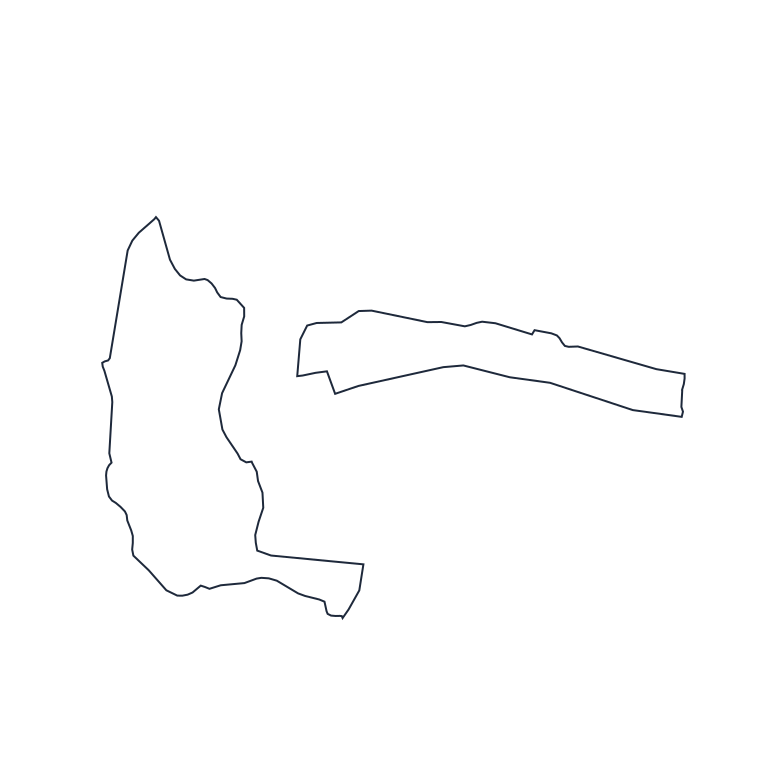 the border of Sarangani, rotated 166°
{"feature_id": "PHL-2598", "entity_name": "Sarangani", "entity_type": "Province", "adm_level": 1, "iso_a3": "PHL", "parent_name": "Philippines", "parent_adm1": "", "projection": "mercator", "projection_center": [125.149, 6.009], "detail": "fine", "context": "isolated", "style": "outline", "palette": "slate", "viewbox_px": 768, "rotation_deg": 166, "n_neighbors": 0, "source": "natural_earth", "source_scale": "10m", "svg_char_len": 1926}
<svg xmlns="http://www.w3.org/2000/svg" viewBox="0 0 768 768"><g transform="rotate(166 384 384)"><path d="M564.9,601.1L562.8,596.8L561.6,556.4L559.1,546.3L555.6,538.7L550.7,533.4L543.5,530.3L532.7,529.3L530.0,527.5L527.0,523.3L524.7,518.0L523.7,513.2L521.5,507.9L516.1,505.0L510.3,503.3L506.5,501.4L501.3,491.7L503.3,483.4L507.8,475.8L510.2,467.9L511.8,459.9L515.4,451.6L523.7,438.1L543.3,414.3L550.4,399.4L551.8,378.9L549.7,370.4L542.9,351.9L541.4,345.7L536.6,341.3L531.2,340.7L531.0,339.2L528.7,329.7L529.7,320.3L528.2,308.0L531.1,293.1L539.0,280.7L545.5,268.6L546.8,261.0L547.3,253.0L535.1,244.9L479.1,225.1L447.6,214.0L457.9,189.7L472.9,173.8L480.8,166.9L481.1,169.0L483.0,169.7L487.0,170.6L491.4,172.1L494.3,174.6L494.7,177.4L494.4,187.2L499.0,190.6L511.8,197.4L518.0,201.6L535.6,219.1L542.8,223.3L549.9,225.6L554.7,226.0L567.6,224.6L591.1,228.2L602.9,227.5L606.9,230.4L610.6,232.7L620.2,228.0L625.5,227.1L631.0,227.4L635.8,228.7L645.1,236.5L657.3,260.1L668.7,278.1L668.4,284.3L666.2,290.5L664.5,297.3L664.7,303.1L666.1,313.7L665.4,319.1L666.2,323.0L669.3,328.4L673.0,333.5L676.1,336.7L678.1,341.4L678.1,348.9L675.8,362.5L674.5,366.2L672.7,369.2L670.4,371.7L667.4,373.6L667.3,383.2L652.0,432.2L651.1,437.7L652.1,464.4L652.7,468.9L652.3,472.7L649.5,473.5L646.0,473.6L643.8,475.4L600.4,575.6L593.6,583.9L593.0,584.4L585.3,590.1L567.0,599.5L564.9,601.1ZM466.3,412.6L454.4,447.6L444.4,459.3L434.6,459.5L410.5,454.1L390.9,460.9L378.3,458.2L326.9,433.5L313.4,430.3L291.6,420.4L285.6,420.3L279.3,420.9L273.7,420.7L261.2,416.0L228.4,396.3L224.9,399.8L209.4,392.7L204.5,389.3L202.6,386.0L201.2,381.3L199.3,377.2L195.8,375.4L186.8,373.5L116.1,332.5L89.9,321.1L91.0,316.6L93.1,311.4L96.3,306.0L96.2,305.6L101.0,289.8L100.6,284.8L103.1,280.1L148.9,298.5L222.6,345.0L260.3,360.1L302.5,382.8L322.4,386.0L409.4,388.3L433.8,386.3L436.3,410.1L447.7,411.4L460.9,411.9L466.3,412.6Z" fill="none" stroke="#1e293b" stroke-width="2"/></g></svg>